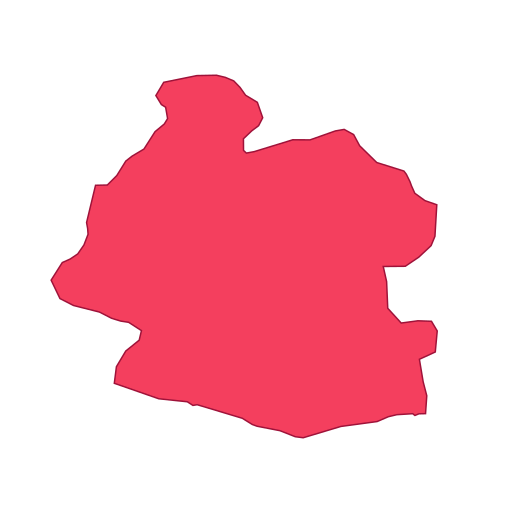 Kastamonu, Mercator projection, rotated 191°
{"feature_id": "TUR-2270", "entity_name": "Kastamonu", "entity_type": "Province", "adm_level": 1, "iso_a3": "TUR", "parent_name": "Turkey", "parent_adm1": "", "projection": "mercator", "projection_center": [33.677, 41.441], "detail": "fine", "context": "isolated", "style": "filled", "palette": "rose", "viewbox_px": 512, "rotation_deg": 191, "n_neighbors": 0, "source": "natural_earth", "source_scale": "10m", "svg_char_len": 1271}
<svg xmlns="http://www.w3.org/2000/svg" viewBox="0 0 512 512"><g transform="rotate(191 256 256)"><path d="M59.5,133.6L65.9,132.2L69.6,129.8L72.1,131.1L87.5,127.1L95.4,123.5L105.5,116.6L140.1,104.9L175.0,86.6L183.0,86.1L199.2,89.1L222.5,89.1L227.5,89.9L238.5,94.1L285.4,98.8L289.4,97.3L295.6,99.8L324.2,97.3L370.8,104.0L371.9,120.7L365.7,137.9L354.6,151.1L354.2,160.9L368.4,166.6L376.3,166.3L385.8,167.3L399.0,171.1L425.7,172.6L440.3,176.8L452.5,193.2L444.9,212.6L437.8,217.6L431.4,224.0L427.0,234.0L425.0,245.3L426.5,250.8L428.7,256.5L427.0,294.8L415.5,297.3L408.0,308.4L401.9,324.4L396.7,330.4L386.4,339.6L378.8,358.8L371.2,368.1L369.0,374.0L373.1,384.8L377.8,386.6L384.9,394.4L379.7,408.9L348.5,421.8L329.3,425.9L320.2,425.5L311.2,423.6L303.8,418.4L296.9,411.8L284.0,407.1L275.8,393.0L278.3,384.4L284.0,378.1L290.7,368.7L288.4,357.3L285.1,355.2L277.7,358.1L242.1,377.1L225.1,380.3L202.0,393.9L193.6,397.1L183.3,393.8L175.3,384.0L155.3,370.8L127.0,367.6L124.0,364.9L119.0,358.3L116.8,354.6L112.1,347.9L100.7,342.6L88.3,340.8L84.1,309.5L86.1,299.6L96.0,285.9L107.5,274.4L129.1,270.0L122.9,255.8L116.7,229.8L100.7,217.9L84.7,223.3L71.3,225.4L63.8,217.0L61.7,196.0L75.9,185.8L67.9,164.4L61.7,151.4L59.5,133.6Z" fill="#f43f5e" stroke="#9f1239" stroke-width="1.5"/></g></svg>